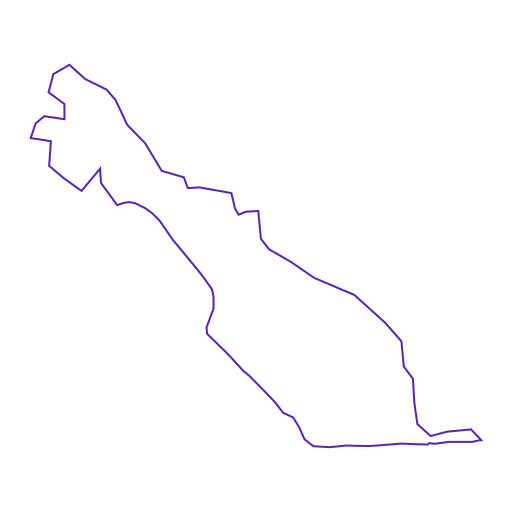 Khojeyli, Karakalpakstan, Uzbekistan
{"feature_id": "79887680B45163084066424", "entity_name": "Khojeyli", "entity_type": "district", "adm_level": 2, "iso_a3": "UZB", "parent_name": "Uzbekistan", "parent_adm1": "Karakalpakstan", "projection": "albers", "projection_center": [59.321, 42.473], "detail": "fine", "context": "isolated", "style": "outline", "palette": "violet", "viewbox_px": 512, "rotation_deg": 0, "n_neighbors": 0, "source": "geoboundaries", "source_scale": "gbopen_adm2", "svg_char_len": 1116}
<svg xmlns="http://www.w3.org/2000/svg" viewBox="0 0 512 512"><path d="M35.6,123.5L30.7,138.1L50.9,141.2L49.1,165.8L64.0,178.4L81.5,190.9L100.1,168.7L101.0,183.0L117.2,205.1L124.1,202.8L129.0,202.1L135.1,203.1L145.5,208.4L152.3,213.3L159.5,220.5L172.8,239.8L197.3,269.4L203.2,276.9L212.0,289.4L213.5,296.7L213.6,308.4L206.5,327.6L207.1,333.8L228.8,355.0L243.2,370.8L249.2,375.7L268.7,395.5L269.5,396.4L276.1,403.5L283.1,412.8L293.2,417.5L299.1,427.1L304.5,439.3L313.3,446.2L329.8,447.2L346.4,445.5L358.0,445.9L360.2,445.8L363.8,446.0L369.1,446.1L401.5,443.6L418.3,444.3L427.9,444.5L429.4,443.1L434.5,443.8L448.6,441.9L472.0,441.9L478.8,440.4L481.3,440.2L471.0,429.4L447.0,431.7L430.6,436.0L417.4,424.1L414.4,403.1L412.9,378.7L403.8,366.5L401.4,341.3L385.2,322.8L354.4,295.0L314.2,277.9L291.5,262.3L269.1,249.3L260.9,238.8L258.3,211.0L245.9,211.7L238.6,214.7L234.9,208.2L231.4,193.1L199.4,187.4L187.8,188.1L183.8,177.3L161.8,171.0L145.1,143.2L127.2,124.8L115.7,100.2L106.7,89.7L85.3,79.1L69.4,64.8L53.3,74.2L48.6,92.3L64.4,104.0L64.5,119.2L44.3,116.2L35.6,123.5Z" fill="none" stroke="#5b21b6" stroke-width="2"/></svg>